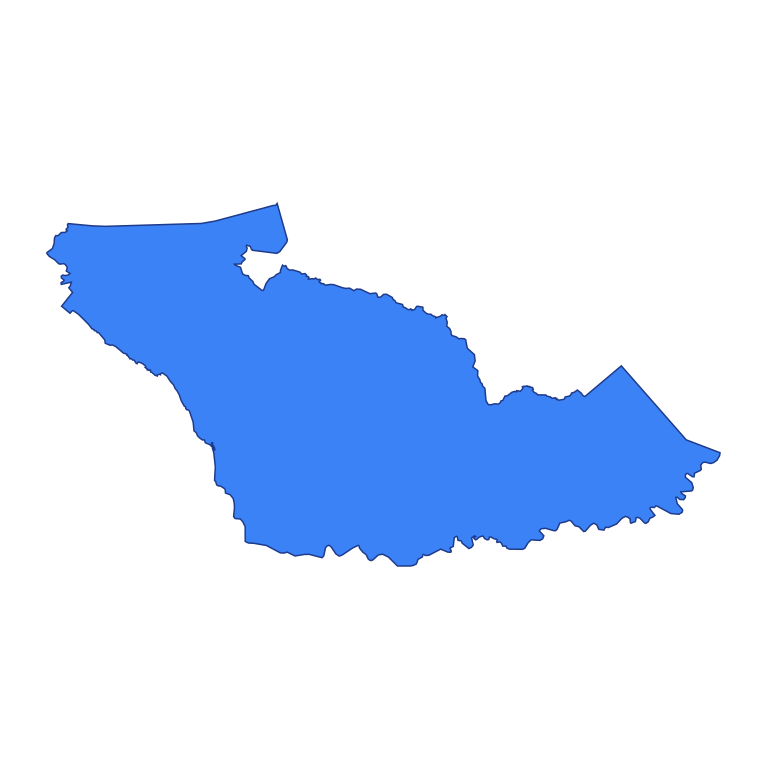 Chagres, Colón, Panama (Natural Earth projection), rotated 269°
{"feature_id": "35544464B20659112060965", "entity_name": "Chagres", "entity_type": "district", "adm_level": 2, "iso_a3": "PAN", "parent_name": "Panama", "parent_adm1": "Colón", "projection": "natural_earth1", "projection_center": [-80.103, 9.121], "detail": "fine", "context": "isolated", "style": "filled", "palette": "blue", "viewbox_px": 768, "rotation_deg": 269, "n_neighbors": 0, "source": "geoboundaries", "source_scale": "gbopen_adm2", "svg_char_len": 6121}
<svg xmlns="http://www.w3.org/2000/svg" viewBox="0 0 768 768"><g transform="rotate(269 384 384)"><path d="M306.5,718.3L309.4,718.8L322.9,685.2L398.0,621.6L368.0,584.7L368.9,582.7L371.6,580.9L374.6,577.2L372.4,574.1L371.7,571.3L370.6,571.1L368.7,569.3L367.9,564.9L366.1,564.3L365.5,563.2L364.7,558.2L365.5,557.5L365.6,556.3L366.6,556.4L366.6,555.3L367.3,555.0L366.7,552.0L368.2,550.1L369.1,546.5L370.2,545.7L370.5,537.4L371.9,536.3L372.9,534.1L375.2,532.3L375.9,533.2L377.9,532.4L378.4,529.4L379.0,529.5L379.1,527.5L379.7,526.9L379.2,526.2L379.3,523.4L378.6,522.2L377.7,522.8L376.6,522.3L374.4,520.3L375.0,516.5L373.9,516.4L374.3,514.4L373.5,511.7L369.9,506.8L369.9,504.8L365.5,502.5L365.1,500.7L363.3,499.9L361.9,498.0L362.3,494.4L361.4,490.6L361.5,488.4L362.0,487.6L365.6,485.7L377.9,484.8L380.3,482.5L382.3,482.2L384.0,480.5L386.6,479.9L390.3,477.7L395.8,478.0L399.5,473.1L405.4,475.5L411.8,474.9L418.3,467.9L426.9,466.4L427.9,464.9L428.2,461.2L427.8,459.8L430.0,456.8L431.1,453.1L432.9,451.9L435.3,451.9L438.3,450.6L440.6,447.8L444.8,448.3L448.6,447.1L450.3,448.2L452.3,446.2L451.6,445.9L452.1,443.0L450.9,441.8L449.2,436.9L450.3,436.9L451.5,433.7L452.9,432.3L453.1,429.4L454.0,427.4L457.0,424.3L460.1,424.2L461.2,418.9L460.9,417.9L458.1,416.0L457.4,414.5L457.8,413.4L457.3,413.1L458.7,412.1L457.9,410.7L458.1,409.1L460.0,406.5L460.6,404.6L463.2,403.9L465.0,397.5L467.0,396.5L468.6,394.4L470.3,393.9L473.7,388.1L473.6,385.1L470.9,382.1L470.9,379.3L474.1,378.5L475.1,377.4L474.6,371.4L479.1,362.3L479.4,358.1L477.8,355.6L480.4,351.4L480.3,347.3L480.9,344.4L484.2,335.4L484.5,332.4L483.8,327.1L485.4,325.2L485.4,323.0L486.5,322.5L486.8,321.1L487.7,321.1L489.0,322.4L489.8,321.7L489.5,319.5L491.2,317.6L490.1,315.7L490.6,314.9L490.1,310.2L492.0,310.8L492.9,309.8L493.0,308.1L494.4,308.4L495.8,307.0L495.4,303.7L497.4,301.8L499.7,294.6L499.4,291.8L501.2,289.1L503.7,288.2L504.1,287.5L503.4,286.1L504.6,284.6L499.3,282.4L497.3,282.4L495.1,278.0L493.3,276.4L491.2,271.3L486.5,267.8L480.4,265.4L479.5,264.6L480.1,263.2L486.1,255.7L488.7,254.8L492.4,251.0L494.7,250.2L495.0,247.1L496.8,244.4L503.2,242.6L505.3,237.4L506.4,236.6L506.6,243.4L508.4,244.2L510.9,247.2L511.8,247.1L514.8,243.4L519.1,248.7L522.1,249.5L524.7,248.7L525.2,249.2L523.9,252.7L520.8,253.9L520.0,254.8L516.5,279.1L518.2,282.1L527.4,289.2L529.9,289.9L566.4,280.3L564.5,278.7L564.4,276.1L549.9,218.2L547.7,204.2L546.5,108.4L547.2,95.2L549.9,71.0L548.8,70.3L546.2,70.7L544.3,68.9L543.5,68.9L542.7,70.1L541.2,68.0L541.1,64.0L538.0,60.7L538.1,58.4L535.9,57.1L530.1,56.6L525.2,54.8L521.4,49.4L520.3,49.2L517.3,51.7L514.1,56.8L509.9,60.9L509.5,62.0L509.9,65.8L509.2,67.3L506.0,69.4L502.5,68.3L500.0,72.0L498.4,69.9L498.0,67.0L498.5,64.7L497.5,63.2L495.7,63.3L493.4,66.0L492.3,65.3L491.0,62.9L489.2,63.1L491.3,73.2L487.5,72.0L485.7,70.5L481.0,74.2L467.4,63.0L460.2,71.3L462.7,73.7L462.8,74.6L458.9,79.9L448.5,89.9L444.3,92.9L443.5,95.1L442.5,95.2L441.9,97.2L440.4,98.2L440.4,99.5L432.9,105.6L429.6,106.0L427.5,110.8L427.8,113.1L426.0,116.6L419.5,123.9L418.3,127.5L417.3,127.3L416.9,128.2L413.5,130.5L413.6,131.9L412.3,133.2L412.2,134.7L408.9,136.6L408.7,137.7L409.7,137.9L410.3,139.0L408.9,142.5L406.4,145.6L405.2,146.2L404.7,145.5L403.3,147.3L402.9,146.6L403.0,147.5L402.4,147.4L401.8,148.5L402.3,149.8L401.7,150.1L401.9,150.7L400.0,150.9L399.7,152.1L396.7,155.3L396.0,157.4L396.8,157.3L397.7,159.9L397.2,160.7L398.2,160.8L399.0,162.5L395.6,167.2L390.2,170.5L386.8,173.6L382.9,175.2L381.2,176.7L377.4,178.8L370.8,181.0L365.4,183.9L364.4,185.3L362.8,185.4L361.7,186.3L361.6,187.8L360.2,189.0L349.3,192.5L340.5,193.2L338.5,195.5L335.5,196.6L333.2,198.8L331.3,201.3L331.2,203.4L328.3,204.4L326.4,208.8L323.7,211.4L324.1,211.9L325.9,210.7L327.8,210.5L328.4,211.1L327.9,211.8L327.2,211.1L323.3,213.4L321.7,213.6L320.2,213.3L323.4,212.5L322.8,211.3L318.2,212.6L304.1,213.9L290.5,212.9L289.4,214.0L286.1,214.9L285.0,216.5L284.9,218.6L282.3,222.6L281.2,223.4L277.7,223.6L276.0,228.2L272.2,231.2L267.4,232.2L262.6,232.3L254.0,231.3L252.1,232.8L251.5,238.0L248.9,240.3L243.8,242.7L229.0,242.5L227.4,245.6L227.0,251.1L224.6,263.6L217.0,277.3L216.7,281.0L217.6,284.3L213.6,292.0L215.0,301.5L215.0,306.1L211.4,319.1L213.3,320.8L221.3,322.7L223.1,324.3L223.7,326.2L222.0,328.4L215.0,332.9L212.7,336.2L213.7,339.1L220.7,350.0L223.1,355.4L222.4,356.3L220.5,356.6L218.3,358.2L216.1,360.0L213.7,363.2L209.4,365.1L207.9,366.9L207.7,368.3L208.4,369.9L213.3,375.5L213.8,379.7L210.9,385.4L201.8,394.3L201.6,407.3L202.0,409.9L203.5,413.2L208.1,415.0L210.4,419.4L212.2,419.7L213.0,420.6L211.8,422.4L212.0,425.9L217.9,437.8L214.8,444.8L214.6,447.8L215.7,448.4L218.7,447.1L220.4,450.4L229.1,451.6L230.5,453.6L229.8,454.7L226.4,455.2L225.8,458.4L223.4,459.5L218.0,466.0L219.1,468.6L221.4,470.4L228.6,468.9L230.6,471.8L230.0,472.9L229.1,471.5L228.1,471.2L226.6,472.7L227.0,474.0L229.2,476.5L230.2,479.4L230.0,480.6L227.8,481.8L226.4,484.3L226.7,486.1L228.9,486.5L229.2,488.0L227.2,491.6L226.8,494.0L225.9,494.6L224.6,493.9L223.6,494.3L224.1,497.2L222.7,498.7L219.8,499.9L219.8,503.1L217.9,503.9L216.7,506.3L216.3,519.6L217.3,521.9L222.7,525.3L225.6,528.4L224.9,537.2L226.4,539.9L229.4,541.2L234.5,536.7L236.5,538.5L236.9,543.0L234.4,551.1L234.4,553.1L235.8,554.6L241.9,557.4L243.0,563.3L244.5,566.6L243.7,568.7L238.9,572.5L237.9,576.4L233.0,581.1L233.4,582.8L239.1,587.9L241.2,591.4L239.3,594.4L234.9,596.2L234.1,601.4L236.9,603.0L236.6,605.9L239.9,614.0L245.6,619.6L247.4,623.0L246.6,625.5L244.7,627.7L241.3,627.9L240.5,628.5L242.1,633.0L245.9,633.7L246.2,635.1L245.4,637.5L240.5,642.1L240.1,643.6L241.7,645.8L245.1,647.5L246.4,650.7L247.9,652.6L254.3,647.9L255.3,647.8L256.2,649.0L255.7,651.9L257.3,653.7L257.3,654.6L249.5,668.5L248.6,676.6L250.4,679.7L252.1,680.4L253.4,680.1L259.1,675.2L265.5,673.7L265.8,675.0L263.4,677.7L263.1,681.6L265.0,683.1L266.8,683.5L269.5,679.5L271.0,679.0L271.7,689.6L272.5,690.7L275.1,691.4L280.1,689.9L285.5,683.7L288.3,683.9L289.2,685.0L289.2,686.2L286.0,690.6L285.8,692.4L289.5,693.0L291.9,698.6L293.0,699.7L297.5,699.3L300.0,701.5L300.2,704.1L298.8,709.2L299.6,712.1L302.1,715.7L306.5,718.3Z" fill="#3b82f6" stroke="#1e3a8a" stroke-width="1.5"/></g></svg>